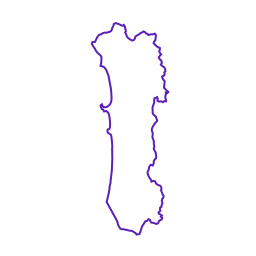 outline of Bertioga, São Paulo, Brazil, rotated 109°
{"feature_id": "56859067B23167317644380", "entity_name": "Bertioga", "entity_type": "district", "adm_level": 2, "iso_a3": "BRA", "parent_name": "Brazil", "parent_adm1": "São Paulo", "projection": "robinson", "projection_center": [-46.037, -23.766], "detail": "fine", "context": "isolated", "style": "outline", "palette": "violet", "viewbox_px": 256, "rotation_deg": 109, "n_neighbors": 0, "source": "geoboundaries", "source_scale": "gbopen_adm2", "svg_char_len": 3644}
<svg xmlns="http://www.w3.org/2000/svg" viewBox="0 0 256 256"><g transform="rotate(109 128 128)"><path d="M225.9,85.2L224.6,82.7L222.4,82.5L220.8,82.7L219.4,82.4L217.6,82.8L216.1,82.6L214.0,82.0L212.4,81.7L210.7,81.3L209.1,79.4L207.5,79.0L207.7,77.4L208.7,76.6L209.8,75.4L209.6,73.9L209.4,72.1L209.5,69.9L208.2,68.5L205.8,68.4L204.5,67.4L203.4,66.3L201.8,66.3L201.3,68.0L199.7,67.4L199.2,69.2L198.9,71.2L197.4,71.5L195.8,70.4L194.5,71.3L193.0,71.7L191.5,70.7L190.0,71.1L187.8,71.0L185.8,72.4L183.9,72.6L182.3,71.9L180.5,72.3L179.6,73.5L177.5,75.3L176.0,76.6L174.7,76.5L173.1,77.3L172.1,78.9L172.1,81.1L171.4,83.5L169.7,84.8L169.8,86.9L171.1,88.3L169.8,89.1L168.6,90.8L167.4,92.2L166.3,93.3L165.1,94.3L163.8,95.0L162.5,95.2L161.1,94.8L159.3,95.1L157.9,95.3L155.4,94.6L155.4,92.4L153.0,92.2L150.7,92.9L148.9,92.4L147.6,91.6L145.9,92.0L144.0,92.9L142.5,93.7L141.5,94.6L140.1,96.2L138.8,97.1L137.0,97.0L135.7,97.8L134.2,98.6L132.6,99.0L131.2,100.0L130.0,100.8L128.9,101.9L126.5,102.4L124.5,103.1L122.6,104.7L121.2,105.1L119.5,105.1L117.5,104.7L115.9,104.4L113.8,103.6L112.3,102.9L111.1,102.9L110.0,104.1L108.3,105.2L107.4,107.1L106.8,108.7L105.3,109.8L103.6,110.3L101.9,111.1L99.9,111.6L97.4,111.5L95.5,111.5L93.5,112.2L91.4,112.7L90.4,111.5L89.3,110.5L90.6,109.5L92.6,109.1L93.0,107.4L92.0,105.4L92.3,103.3L90.8,102.5L90.4,100.7L89.0,101.1L87.8,102.3L85.4,103.2L83.7,103.0L82.3,103.8L82.1,102.1L80.8,101.6L80.1,103.5L79.1,105.4L78.0,107.2L76.2,107.5L74.5,107.9L72.7,108.3L71.4,108.9L70.7,110.6L69.5,111.7L68.3,112.5L67.2,111.6L66.1,110.7L64.7,111.1L63.5,111.8L62.2,111.1L60.9,111.7L59.3,112.9L58.6,114.2L58.2,116.0L57.4,117.6L55.2,117.2L53.3,118.6L52.7,120.4L51.1,121.9L49.4,121.4L47.7,120.6L46.7,122.1L45.5,123.4L43.5,123.4L42.0,123.8L41.8,125.5L41.5,127.4L40.5,129.5L39.4,131.4L37.9,131.5L36.4,130.8L34.8,131.0L33.0,131.3L30.9,132.0L30.1,133.4L31.3,134.8L32.1,137.1L33.5,138.9L32.7,140.2L32.7,141.8L31.8,143.2L31.6,144.8L32.8,145.5L33.8,146.8L35.5,147.8L37.6,149.6L39.1,150.8L41.1,150.6L42.9,151.1L44.0,152.6L43.5,155.0L42.9,157.1L42.0,158.7L40.3,160.0L38.6,161.8L37.4,161.5L35.9,162.2L34.6,163.2L33.0,164.0L31.9,165.6L33.1,166.2L33.1,167.6L32.9,169.4L32.7,171.5L32.8,173.6L34.1,175.3L36.1,175.0L38.1,175.4L39.7,175.4L41.5,175.4L42.9,176.5L44.0,178.0L44.9,179.4L45.4,181.1L46.6,182.8L48.0,183.7L49.2,185.7L50.7,186.2L52.7,186.8L54.7,186.9L57.4,187.3L58.3,189.6L60.1,189.7L61.8,187.8L64.0,184.9L65.7,183.1L67.2,180.6L68.3,177.6L69.6,176.2L71.9,175.4L74.2,174.8L76.0,174.4L78.2,174.2L78.0,172.1L78.3,170.6L79.1,168.8L80.6,167.1L82.0,165.9L83.2,164.9L84.4,163.9L85.6,163.1L86.9,162.3L88.4,161.5L90.2,160.5L92.1,159.4L94.0,158.3L95.3,157.6L97.0,156.7L98.9,155.8L101.1,154.9L103.0,154.1L104.7,153.4L107.1,152.7L109.4,152.5L111.0,152.6L112.7,153.3L114.5,154.4L115.6,155.8L116.2,157.6L115.3,159.5L114.1,160.4L115.5,161.3L117.1,160.3L118.6,158.8L118.8,157.3L120.2,156.0L119.0,154.1L119.8,152.0L121.1,150.6L122.7,149.7L125.3,148.2L127.2,147.4L129.8,146.3L132.0,145.6L133.6,145.2L135.0,145.3L136.0,146.6L137.5,146.6L139.0,145.5L139.5,143.7L139.9,142.0L141.2,141.1L142.4,140.5L144.0,139.7L145.7,138.9L148.5,137.7L150.5,136.9L154.1,135.8L157.1,134.7L161.9,132.9L168.0,131.1L172.2,129.8L175.5,129.0L181.0,127.8L183.1,127.4L184.7,126.9L186.1,126.6L187.9,126.5L189.8,126.2L192.5,125.5L194.7,125.2L196.5,124.9L199.2,124.7L201.5,124.4L203.4,124.3L205.1,124.0L206.2,122.6L208.5,120.2L211.6,116.7L213.5,114.7L214.7,113.3L216.9,110.8L218.5,109.1L220.5,107.2L222.0,106.4L223.5,105.2L224.5,104.0L225.7,102.4L225.7,100.7L225.1,99.1L224.9,96.8L224.7,94.2L224.2,91.6L224.1,89.8L224.6,88.3L224.8,86.8L225.9,85.2Z" fill="none" stroke="#5b21b6" stroke-width="2"/></g></svg>